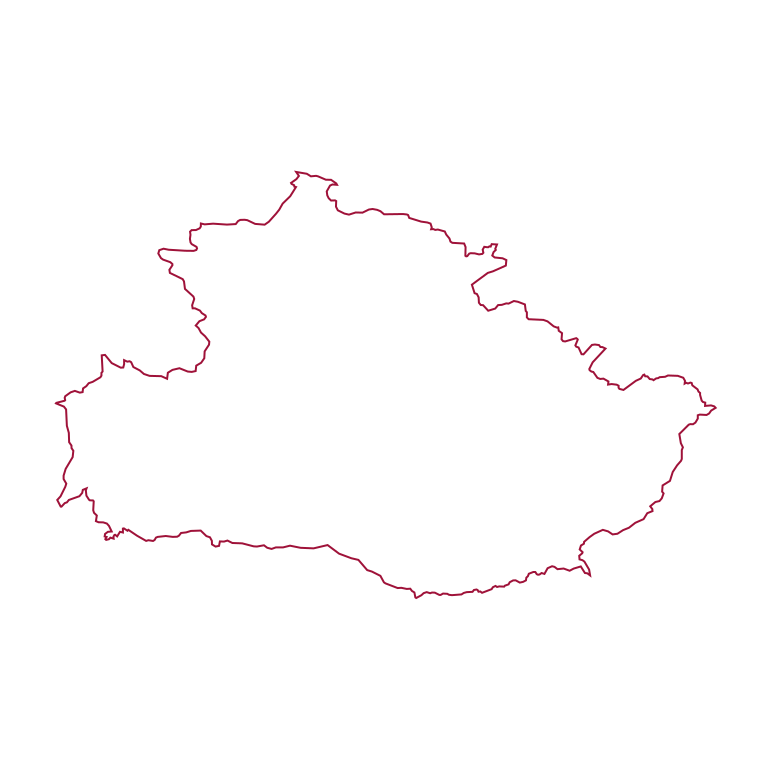 the district of Bekily, Androy, Madagascar, rotated 268°
{"feature_id": "10022922B6580820782603", "entity_name": "Bekily", "entity_type": "district", "adm_level": 2, "iso_a3": "MDG", "parent_name": "Madagascar", "parent_adm1": "Androy", "projection": "natural_earth1", "projection_center": [45.36, -24.27], "detail": "fine", "context": "isolated", "style": "outline", "palette": "rose", "viewbox_px": 768, "rotation_deg": 268, "n_neighbors": 0, "source": "geoboundaries", "source_scale": "gbopen_adm2", "svg_char_len": 6114}
<svg xmlns="http://www.w3.org/2000/svg" viewBox="0 0 768 768"><g transform="rotate(268 384 384)"><path d="M185.5,583.3L191.4,582.5L199.5,578.1L201.0,576.2L201.9,573.3L205.5,573.1L207.9,576.2L209.0,576.6L211.8,573.8L215.7,575.2L217.4,578.2L219.3,578.5L223.8,584.1L227.0,588.9L230.6,597.6L228.9,602.8L225.7,607.2L226.2,612.1L229.6,617.8L231.8,623.8L236.5,630.3L239.9,638.7L245.7,642.6L247.6,647.9L249.6,647.8L252.5,645.8L256.6,651.1L257.4,655.2L260.0,657.6L264.9,659.6L266.7,658.2L272.9,658.9L277.2,666.4L286.0,669.5L292.5,674.1L296.9,678.2L298.7,679.0L307.6,679.3L310.3,680.5L314.5,678.6L323.7,677.4L332.7,687.1L333.2,688.7L333.0,691.4L334.6,693.9L338.5,696.4L341.8,696.5L342.4,698.5L341.8,705.3L343.2,707.9L346.0,710.0L348.6,714.6L350.1,713.3L351.2,710.1L350.9,704.1L354.2,704.4L354.9,702.1L356.3,700.9L362.1,699.5L364.0,699.6L365.5,698.0L367.7,697.2L371.9,692.1L374.3,691.5L374.7,690.2L373.9,687.8L374.7,686.0L373.9,684.5L376.7,684.9L379.8,683.3L381.9,677.9L382.6,668.1L381.4,665.2L381.2,659.7L380.3,658.2L380.1,656.2L378.4,653.5L379.2,652.5L379.7,649.7L382.4,647.6L382.6,645.3L384.3,644.5L383.9,643.3L380.5,640.8L378.4,635.8L369.7,623.1L370.9,619.1L372.1,618.3L374.1,618.4L375.2,616.5L376.0,611.5L375.6,607.9L378.7,608.4L381.7,603.5L381.5,600.3L382.7,597.5L388.7,593.6L389.2,591.7L390.6,590.0L391.8,589.7L398.4,593.3L411.7,606.6L413.3,603.5L413.4,601.6L415.4,600.2L416.1,596.2L415.8,593.2L406.7,584.4L406.9,582.5L413.7,579.7L414.6,577.4L415.9,576.6L421.6,579.2L422.3,578.8L423.1,577.7L420.2,566.5L420.6,564.4L422.5,563.0L428.6,563.7L431.1,560.5L434.5,560.1L434.3,558.9L435.7,555.6L440.9,549.6L442.5,545.5L443.7,530.8L445.6,529.1L450.7,529.3L452.1,528.2L458.6,527.6L461.5,520.7L462.4,516.7L460.0,511.3L460.3,509.0L459.0,504.5L458.9,500.8L455.5,497.8L453.6,490.7L459.3,485.8L459.6,483.4L461.9,481.7L467.3,481.6L470.7,480.0L471.6,477.7L480.2,475.3L491.4,491.6L492.8,496.8L498.1,509.9L503.6,510.6L505.5,506.9L506.6,499.0L508.6,496.7L512.0,498.1L514.1,500.4L515.2,499.9L519.5,501.8L520.0,496.5L517.6,495.4L517.9,494.1L517.1,493.1L517.1,491.8L517.6,489.0L514.8,487.3L511.7,487.9L510.6,486.8L510.2,483.5L511.4,479.2L511.7,475.2L511.3,473.7L508.9,471.7L508.7,470.6L509.3,469.8L518.0,470.3L521.6,469.0L522.7,457.2L524.0,455.4L527.1,454.5L531.2,451.4L534.3,450.1L536.5,443.2L536.2,440.6L537.1,438.7L537.0,436.5L538.9,437.2L542.7,436.1L543.9,433.0L545.0,426.8L549.1,415.0L552.0,414.0L552.6,412.8L553.2,408.9L553.6,390.0L556.8,386.5L558.3,383.2L559.3,378.7L558.9,375.0L556.0,368.5L556.4,361.7L554.5,354.9L555.7,350.4L559.2,343.9L562.9,342.2L568.5,342.6L569.2,341.5L569.2,337.5L571.6,335.2L574.5,333.9L578.5,333.5L584.2,337.0L585.2,339.4L584.7,344.0L586.1,343.3L589.9,338.2L590.2,333.0L593.8,325.4L594.4,323.4L594.1,318.2L596.8,314.2L599.0,303.6L594.9,306.2L591.8,303.6L588.2,298.1L587.2,298.6L585.8,301.1L584.4,301.3L583.9,302.9L574.9,296.8L567.8,289.0L561.9,285.4L557.9,282.0L550.2,274.6L547.4,270.3L548.5,260.8L552.5,253.1L553.0,250.4L553.0,246.0L551.9,243.8L549.0,241.4L548.8,232.6L550.2,218.8L549.8,210.3L550.8,206.6L547.7,206.4L546.0,205.2L544.4,201.4L544.5,197.1L543.0,195.5L539.8,195.8L535.8,195.1L532.2,195.6L530.5,196.7L527.6,201.4L526.1,201.9L524.5,201.1L523.7,198.4L524.1,190.0L525.7,173.5L526.9,168.4L525.6,164.1L522.3,163.0L517.6,165.5L516.0,167.6L513.2,174.7L511.3,176.7L510.1,176.7L505.6,173.5L502.5,173.9L495.8,186.5L493.5,187.7L486.0,188.4L478.0,196.6L475.6,197.3L469.4,195.0L466.3,195.4L466.2,197.8L463.8,202.6L461.2,204.4L458.7,208.0L457.3,208.4L454.9,206.5L453.2,201.7L449.0,197.9L446.4,200.6L441.8,202.9L437.9,206.9L432.4,210.9L429.4,210.5L422.9,205.9L416.0,205.3L411.6,202.0L408.9,197.0L403.5,196.2L402.8,192.3L403.3,188.3L406.9,180.1L405.5,173.1L402.8,168.4L396.8,167.4L399.6,161.7L400.3,150.0L402.4,144.4L406.1,140.4L409.7,134.1L414.6,132.1L415.6,130.6L415.3,128.2L416.9,125.1L413.0,125.0L409.6,124.0L409.5,121.5L414.4,112.6L422.8,106.2L422.5,102.9L406.3,103.2L405.0,102.0L402.2,101.9L400.6,100.8L396.3,92.9L395.1,88.9L392.2,86.4L390.1,83.1L386.4,82.5L386.0,79.7L387.9,74.8L386.6,70.5L382.9,65.0L381.3,64.4L379.0,64.8L378.4,64.2L376.6,55.9L376.1,55.5L372.6,63.3L369.7,65.4L353.3,65.6L346.2,67.3L336.8,67.3L333.4,69.5L330.8,69.5L328.1,71.2L321.8,70.3L310.3,62.9L303.6,60.6L300.2,60.5L295.5,63.0L292.4,61.9L283.0,56.8L279.5,53.4L272.8,56.6L272.7,57.4L276.1,60.8L276.8,63.0L279.1,65.0L282.5,75.7L285.7,78.6L288.7,79.3L290.1,83.1L288.1,82.3L282.8,82.7L278.6,85.2L278.0,86.0L277.8,89.1L276.9,89.8L268.0,89.0L265.4,89.7L262.6,92.4L257.0,91.3L255.8,93.9L255.5,98.6L254.2,102.2L251.8,104.2L246.1,106.7L245.9,102.9L243.9,100.0L241.4,99.5L240.8,101.4L238.7,100.1L237.9,100.9L238.5,103.7L240.0,105.2L238.9,108.4L241.0,108.3L242.6,109.4L242.7,110.1L241.0,112.0L245.5,115.0L244.7,117.9L248.6,118.0L248.8,119.0L246.3,122.5L247.2,123.4L241.0,131.9L235.5,140.8L236.1,143.1L235.2,147.7L236.1,149.3L238.4,150.7L239.1,152.5L239.7,160.6L238.6,167.5L238.6,171.9L239.5,173.7L242.2,176.0L242.6,181.1L243.9,185.9L243.9,195.7L238.2,201.2L236.9,204.7L233.3,206.5L229.7,206.5L227.4,210.0L228.0,213.5L232.4,214.5L232.1,218.6L233.0,222.1L230.4,226.9L229.7,236.7L226.3,248.1L226.0,251.4L227.0,258.4L224.4,261.6L223.1,265.9L224.5,270.3L224.2,277.3L225.7,284.4L223.2,294.9L222.2,307.9L225.0,322.0L216.0,333.2L211.0,345.3L209.1,352.3L198.6,360.7L197.0,365.3L192.4,373.7L185.8,377.0L184.7,378.5L179.6,390.5L179.7,394.2L178.4,399.6L178.5,403.1L176.2,404.7L174.6,407.1L169.6,407.9L169.0,408.7L171.6,414.0L173.6,416.3L174.5,419.4L173.3,422.8L173.9,424.7L173.7,427.5L171.3,431.9L171.2,433.2L172.5,435.7L172.1,440.0L171.1,441.5L170.6,444.5L171.0,454.1L172.4,456.4L173.1,459.4L173.2,465.2L175.0,466.7L175.4,469.3L174.8,470.4L173.1,471.2L173.3,473.0L171.9,474.7L175.2,484.4L177.1,485.7L178.3,488.4L177.2,489.9L177.7,492.1L177.3,497.0L178.2,497.7L179.4,501.5L181.5,502.7L183.2,506.2L183.2,508.7L180.8,512.8L181.4,516.1L182.8,519.0L185.5,519.5L186.9,521.1L189.3,522.1L190.9,526.6L190.8,528.7L188.6,530.0L188.0,531.3L188.2,532.8L189.6,534.9L188.6,537.7L194.2,541.1L196.0,545.6L195.3,548.0L192.9,550.9L193.3,557.1L190.9,563.0L192.9,567.1L194.8,574.3L188.1,578.2L187.7,580.6L185.5,583.3Z" fill="none" stroke="#9f1239" stroke-width="2"/></g></svg>